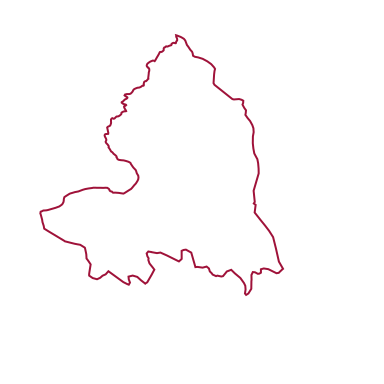 the district of Tall Kalakh, Homs (Hims), Syria, rotated 122°
{"feature_id": "27442178B60418009452869", "entity_name": "Tall Kalakh", "entity_type": "district", "adm_level": 2, "iso_a3": "SYR", "parent_name": "Syria", "parent_adm1": "Homs (Hims)", "projection": "equal_earth", "projection_center": [36.286, 34.74], "detail": "fine", "context": "isolated", "style": "outline", "palette": "rose", "viewbox_px": 384, "rotation_deg": 122, "n_neighbors": 0, "source": "geoboundaries", "source_scale": "gbopen_adm2", "svg_char_len": 5972}
<svg xmlns="http://www.w3.org/2000/svg" viewBox="0 0 384 384"><g transform="rotate(122 192 192)"><path d="M208.9,74.1L205.0,81.4L195.5,90.8L187.3,99.3L184.1,106.0L181.8,112.1L179.5,118.8L176.2,128.0L169.2,131.2L169.0,133.5L167.2,133.5L158.3,140.4L140.9,145.3L136.9,147.9L132.5,151.2L129.5,154.0L128.9,155.1L126.3,159.6L122.6,163.0L118.4,166.3L112.6,169.8L108.6,171.4L105.4,173.7L103.3,176.3L101.0,180.4L99.9,183.8L98.3,187.6L96.7,188.2L94.1,189.5L93.1,192.0L92.0,194.0L91.1,195.5L89.4,195.8L87.4,196.9L87.5,198.8L88.2,201.3L91.3,205.5L91.8,207.0L89.2,229.7L88.3,231.4L80.5,235.6L77.5,237.0L75.4,237.7L74.6,239.3L73.4,243.4L73.3,244.8L73.2,246.4L73.1,247.9L73.1,249.0L73.2,250.1L73.4,253.5L74.0,255.8L74.6,258.1L75.8,261.2L75.9,263.3L74.2,264.8L73.6,265.5L73.0,266.3L72.3,268.8L70.7,272.3L70.0,274.2L67.1,278.0L66.4,280.0L66.4,281.9L66.5,283.8L67.3,287.9L67.5,288.5L67.8,288.2L68.7,287.7L69.2,286.9L69.7,286.1L70.3,285.5L70.7,285.3L71.4,284.9L72.0,285.0L72.7,285.1L73.4,284.9L74.1,284.6L74.5,284.7L74.8,285.3L74.9,285.8L75.0,286.1L75.2,286.6L75.8,287.2L76.2,287.4L76.8,287.7L77.4,287.8L77.8,287.5L78.4,287.4L78.9,287.7L79.7,288.5L80.5,289.1L81.2,289.5L81.9,290.2L81.9,290.5L82.0,290.8L82.3,291.2L82.9,291.4L83.5,291.5L84.2,292.1L85.2,292.1L86.2,291.5L86.6,291.2L87.3,291.2L87.9,291.4L88.7,291.7L89.3,292.0L89.6,292.4L89.8,292.8L90.2,293.3L90.6,293.4L90.9,293.4L92.1,293.2L92.7,293.2L94.6,293.1L96.0,293.1L98.2,293.0L100.0,292.9L100.8,293.0L100.8,293.5L100.9,294.0L101.1,294.4L101.4,295.0L101.9,295.3L102.7,295.9L103.4,296.4L104.4,296.9L105.9,297.5L106.9,297.8L107.9,297.7L108.8,297.4L109.3,296.9L109.6,296.1L109.9,295.4L109.6,295.0L109.8,294.5L110.3,293.5L111.0,293.0L111.8,292.5L112.4,292.3L113.5,292.0L114.4,291.5L115.0,291.2L118.4,289.6L119.1,289.0L119.5,289.2L120.3,289.3L120.8,289.3L122.3,289.7L122.7,290.3L123.7,290.8L124.4,290.8L124.8,290.6L125.6,290.4L126.8,289.5L127.4,289.4L127.7,289.6L128.0,290.3L128.7,290.6L130.2,291.2L131.4,292.1L132.5,293.5L133.5,294.3L135.3,295.5L136.2,295.7L136.9,295.8L138.2,295.6L139.7,295.8L141.2,296.2L141.5,296.5L142.1,297.0L142.6,297.7L143.1,298.5L143.5,299.2L144.0,299.6L144.7,300.4L145.3,300.4L145.8,300.4L145.9,299.9L146.0,299.1L145.9,297.7L146.0,297.0L146.3,296.7L147.0,296.7L147.7,297.1L148.2,297.3L148.8,297.7L149.2,298.0L149.7,298.1L150.7,298.3L151.9,298.6L152.6,299.0L153.0,299.2L153.5,299.0L153.6,298.3L153.7,297.0L153.4,295.8L153.1,294.9L153.0,294.3L153.1,294.2L153.2,293.9L153.6,294.0L153.8,294.1L154.0,294.1L154.5,294.4L154.6,294.7L155.0,294.9L155.8,294.8L156.5,293.9L157.3,292.5L157.6,291.8L158.0,291.1L158.3,290.7L158.6,290.9L158.8,291.3L159.8,292.5L160.6,293.1L161.5,293.6L162.2,293.8L162.6,293.6L163.2,293.3L163.7,293.3L164.9,293.6L166.1,294.1L167.0,294.7L168.0,296.0L169.0,296.3L169.4,296.4L170.5,296.6L170.8,296.8L171.3,297.1L171.5,297.7L171.5,298.5L172.1,299.0L172.9,299.1L173.5,299.1L174.4,298.5L175.1,298.1L176.0,297.4L176.9,297.0L178.9,296.6L179.5,296.8L180.0,297.1L181.4,298.0L182.0,298.1L182.3,298.1L183.6,296.8L185.3,295.2L186.2,294.3L187.1,293.9L187.6,294.5L187.8,294.8L188.1,295.2L188.6,295.9L189.3,296.3L189.6,296.3L190.3,296.1L191.0,295.4L191.7,294.3L192.1,293.5L192.8,292.6L193.2,292.3L193.9,292.0L194.4,292.0L195.1,291.9L195.6,291.4L195.9,290.8L196.1,290.2L196.2,289.7L196.4,288.9L196.5,288.5L196.8,288.0L196.9,287.5L197.4,286.8L197.9,286.6L198.5,286.3L198.7,285.5L199.6,283.7L200.5,282.1L200.5,280.6L201.2,278.6L201.2,277.9L201.5,275.8L201.8,274.9L202.2,274.5L202.6,274.4L202.7,274.2L202.9,273.6L203.0,273.4L203.5,272.8L203.6,272.1L203.5,271.1L202.7,269.2L201.4,266.7L200.7,264.5L200.1,262.2L199.9,260.6L200.0,259.5L200.6,258.7L201.9,255.8L202.4,254.5L203.2,251.4L203.9,250.4L205.4,248.7L206.6,246.3L208.0,245.1L209.8,244.3L210.7,244.2L211.6,244.1L211.9,244.1L214.3,244.1L215.0,244.2L215.7,244.3L216.3,244.5L220.2,245.0L221.2,245.2L221.5,245.2L223.7,246.3L228.5,248.6L229.6,249.2L230.0,250.0L230.7,251.6L231.6,253.7L233.3,256.9L234.0,258.0L234.4,258.5L234.4,259.1L234.3,259.5L234.1,260.2L234.3,260.7L234.6,261.7L234.4,262.7L233.9,263.1L233.4,264.2L233.4,265.2L233.3,265.9L234.1,267.4L235.5,269.4L237.1,272.1L238.2,273.8L239.3,275.7L240.7,278.0L241.5,278.8L243.9,281.7L246.2,284.2L248.0,285.8L251.0,288.1L251.7,288.6L254.1,291.2L256.6,293.4L257.8,294.5L258.6,295.0L261.9,296.6L263.9,297.5L265.2,297.2L266.0,296.9L267.1,296.3L268.5,295.7L269.6,295.6L270.4,295.5L271.8,295.7L273.0,296.2L274.6,296.9L276.9,298.7L277.8,299.4L280.8,302.1L283.7,304.7L284.9,306.0L286.5,308.3L287.4,308.8L288.3,309.4L288.7,309.8L289.0,309.9L289.7,309.6L290.5,309.3L291.2,308.4L294.8,304.5L296.8,302.8L299.3,299.8L301.4,297.9L301.4,292.8L301.1,274.3L301.2,273.7L301.1,273.4L299.3,267.8L298.1,264.1L296.9,261.0L296.8,260.8L296.0,258.8L296.0,255.2L296.0,253.4L296.8,252.5L299.6,249.8L300.9,248.6L304.3,246.2L304.8,244.8L305.6,242.9L307.1,239.6L314.4,236.5L316.2,235.7L317.4,234.9L317.6,230.6L316.3,226.3L313.4,224.4L310.4,223.5L307.6,221.6L303.5,220.9L304.8,202.5L304.4,198.1L304.1,196.5L301.7,196.6L299.6,199.3L297.4,201.0L294.3,198.0L293.0,193.4L293.9,188.5L294.4,183.6L294.5,183.1L293.9,182.9L292.3,182.1L283.4,182.4L277.8,182.8L277.0,184.8L275.1,190.2L272.8,193.0L271.2,193.7L270.2,195.7L268.1,197.9L265.6,197.5L264.9,195.7L264.7,195.3L264.5,194.8L264.5,194.6L264.3,194.3L264.2,193.8L263.9,193.1L263.7,192.6L262.4,189.3L260.1,186.7L259.1,179.5L258.0,168.2L257.8,166.3L254.7,165.4L254.2,165.3L247.4,169.6L245.6,168.4L244.1,166.6L243.8,160.5L253.9,149.3L252.7,147.8L250.5,142.9L247.5,140.1L247.8,137.7L247.9,137.3L247.9,137.1L249.9,134.8L250.5,132.1L251.1,130.8L250.6,127.0L249.5,126.2L248.9,124.5L248.1,122.3L246.9,121.1L242.4,120.5L241.0,120.4L237.2,117.5L238.3,112.5L239.3,105.4L241.7,99.6L243.3,97.1L246.3,94.9L250.0,93.3L250.6,91.6L248.2,90.4L242.7,90.4L236.1,94.4L235.0,94.9L230.9,97.6L229.1,97.8L227.7,98.0L226.9,96.5L226.7,96.0L226.6,94.7L226.5,92.8L225.5,91.6L223.9,90.8L221.0,92.6L218.8,90.6L217.0,86.4L216.1,77.3L214.6,75.6L213.6,75.4L209.4,74.3L208.9,74.1Z" fill="none" stroke="#9f1239" stroke-width="2"/></g></svg>